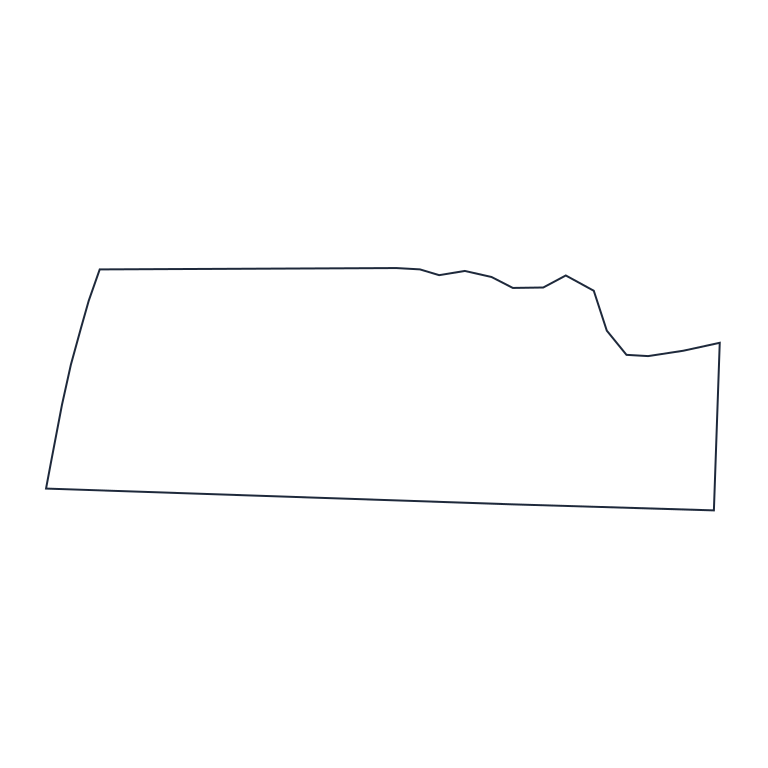 Madre de Deus, Brazil (Equal Earth projection), rotated 2°
{"feature_id": "56859067B85050337998632", "entity_name": "Madre de Deus", "entity_type": "district", "adm_level": 2, "iso_a3": "BRA", "parent_name": "Brazil", "parent_adm1": "", "projection": "equal_earth", "projection_center": [-38.635, -12.74], "detail": "fine", "context": "isolated", "style": "outline", "palette": "slate", "viewbox_px": 768, "rotation_deg": 2, "n_neighbors": 0, "source": "geoboundaries", "source_scale": "gbopen_adm2", "svg_char_len": 445}
<svg xmlns="http://www.w3.org/2000/svg" viewBox="0 0 768 768"><g transform="rotate(2 384 384)"><path d="M718.1,331.1L682.0,340.3L647.0,346.9L625.3,346.4L604.8,322.9L590.4,283.5L561.9,269.2L539.8,282.0L509.4,283.5L487.7,273.3L460.8,268.2L435.3,273.3L415.9,268.2L392.4,267.7L95.9,279.4L86.0,311.1L79.2,338.7L70.4,375.6L62.9,416.0L54.1,472.7L49.9,500.3L514.3,499.8L718.1,498.8L718.1,331.1Z" fill="none" stroke="#1e293b" stroke-width="2"/></g></svg>